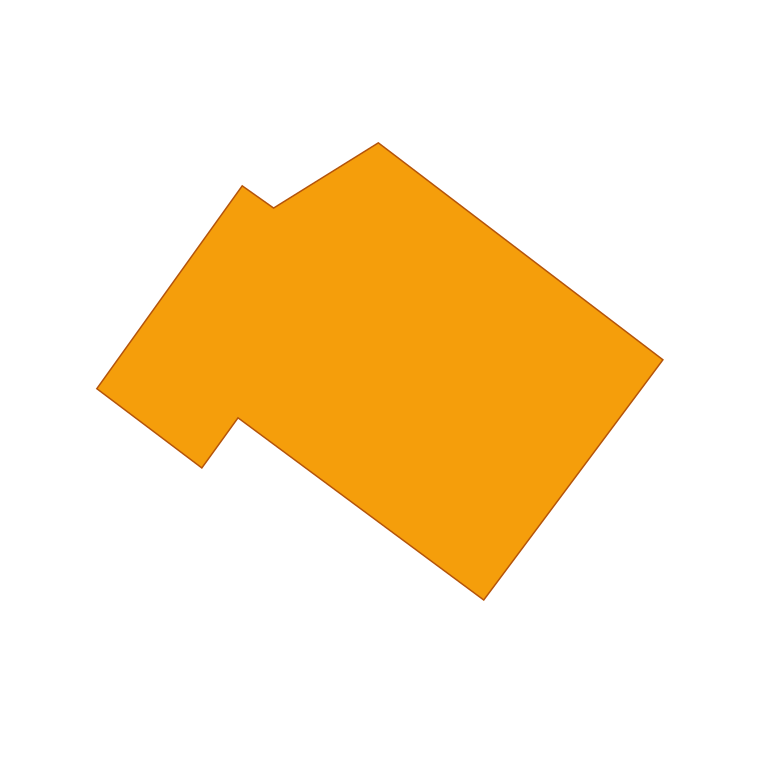 Comanche, Texas, United States of America (Robinson projection), rotated 157°
{"feature_id": "52423323B96574112762437", "entity_name": "Comanche", "entity_type": "district", "adm_level": 2, "iso_a3": "USA", "parent_name": "United States of America", "parent_adm1": "Texas", "projection": "robinson", "projection_center": [-98.411, 31.973], "detail": "fine", "context": "isolated", "style": "filled", "palette": "amber", "viewbox_px": 768, "rotation_deg": 157, "n_neighbors": 0, "source": "geoboundaries", "source_scale": "gbopen_adm2", "svg_char_len": 303}
<svg xmlns="http://www.w3.org/2000/svg" viewBox="0 0 768 768"><g transform="rotate(157 384 384)"><path d="M614.2,429.5L584.5,377.9L570.6,386.3L531.6,409.9L376.6,146.2L117.8,297.3L295.0,608.2L416.9,589.1L437.1,621.8L650.2,491.9L614.2,429.5Z" fill="#f59e0b" stroke="#b45309" stroke-width="1.5"/></g></svg>